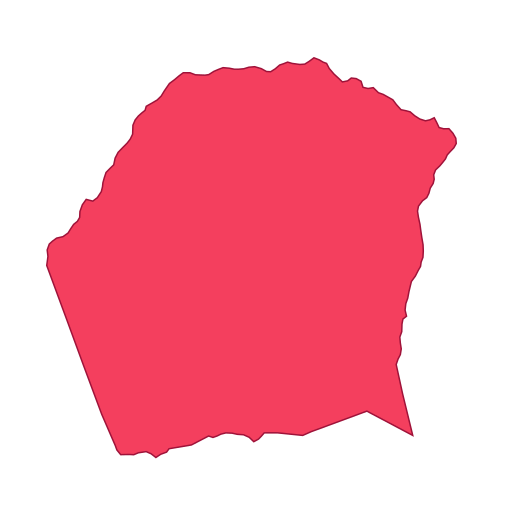 outline of Água Fria, Bahia, Brazil, rotated 355°
{"feature_id": "56859067B52662143851434", "entity_name": "Água Fria", "entity_type": "district", "adm_level": 2, "iso_a3": "BRA", "parent_name": "Brazil", "parent_adm1": "Bahia", "projection": "robinson", "projection_center": [-38.688, -11.822], "detail": "fine", "context": "isolated", "style": "filled", "palette": "rose", "viewbox_px": 512, "rotation_deg": 355, "n_neighbors": 0, "source": "geoboundaries", "source_scale": "gbopen_adm2", "svg_char_len": 2310}
<svg xmlns="http://www.w3.org/2000/svg" viewBox="0 0 512 512"><g transform="rotate(355 256 256)"><path d="M465.3,156.1L462.9,150.9L459.3,146.0L454.0,145.6L449.6,144.0L447.6,138.6L445.6,133.8L441.1,135.5L436.6,136.1L431.1,133.8L426.3,130.1L422.1,125.8L418.2,124.4L413.2,122.9L409.0,117.3L405.9,112.3L401.5,109.3L396.8,106.1L392.2,104.0L387.5,98.5L382.2,98.9L377.3,97.3L375.9,91.1L371.3,88.0L366.4,87.0L362.6,89.5L357.2,90.1L354.0,86.4L349.6,81.6L345.3,75.6L343.1,70.3L339.7,68.7L336.1,66.1L331.0,63.6L325.8,66.8L321.3,69.1L316.3,69.0L308.8,67.3L304.4,65.6L300.4,66.8L296.2,67.8L291.5,71.2L286.7,73.7L282.5,73.1L277.6,69.8L271.2,67.3L265.4,67.3L260.1,68.4L254.7,68.4L250.6,68.0L245.8,66.6L239.6,65.5L235.0,66.8L230.1,68.4L224.7,71.2L221.0,71.4L216.8,70.9L211.4,70.2L206.2,67.7L199.5,67.1L195.1,69.8L190.3,73.2L184.8,76.6L179.1,83.5L175.5,88.4L171.1,92.0L164.3,95.2L159.7,97.3L158.2,101.2L154.6,103.6L151.1,106.2L147.5,109.9L144.8,115.0L143.7,123.9L140.9,128.6L137.5,132.3L133.0,136.1L127.7,140.7L124.2,146.2L122.2,152.8L118.7,155.6L113.9,159.7L111.7,164.8L109.9,169.6L109.1,173.7L107.5,178.4L103.0,184.1L98.2,187.1L91.8,184.8L87.5,189.8L84.5,196.3L83.7,202.2L81.1,205.9L77.1,208.6L74.1,212.3L70.8,216.7L65.4,219.9L58.9,220.8L54.5,223.5L51.1,226.1L48.5,231.8L48.7,238.3L46.7,247.2L62.2,303.9L74.6,349.8L88.5,400.2L99.3,432.6L100.5,437.1L103.9,442.1L108.7,442.4L112.7,442.7L116.9,443.3L121.6,441.8L129.5,441.3L134.3,443.9L138.7,448.0L143.8,445.2L149.8,443.6L152.6,440.4L175.2,438.6L193.1,431.2L197.3,433.0L201.6,431.9L205.5,430.4L210.6,429.6L216.7,430.4L221.8,432.0L228.0,433.0L233.4,436.0L237.6,440.8L242.6,438.6L245.8,435.8L248.8,432.9L261.8,434.0L286.9,438.8L295.7,435.8L352.9,420.2L396.5,448.4L390.0,405.9L386.2,376.3L388.5,371.1L391.2,366.8L392.6,361.2L392.2,355.0L392.2,349.3L394.6,344.1L395.5,336.5L396.9,331.6L400.7,329.1L399.8,322.9L401.1,316.5L403.5,311.2L405.3,304.7L407.1,299.3L408.6,294.9L413.0,289.9L416.3,284.6L419.0,280.7L420.0,276.4L422.2,271.9L423.1,265.6L423.4,259.3L422.8,252.1L422.4,245.4L422.1,238.7L421.2,231.6L420.8,225.4L422.2,220.5L426.7,215.5L431.2,212.7L433.7,208.6L435.5,203.6L438.8,199.2L440.2,195.1L440.1,190.6L442.4,185.9L447.0,182.2L450.2,179.0L453.2,175.8L455.3,172.0L458.6,168.9L462.5,165.5L465.3,161.4L465.3,156.1Z" fill="#f43f5e" stroke="#9f1239" stroke-width="1.5"/></g></svg>